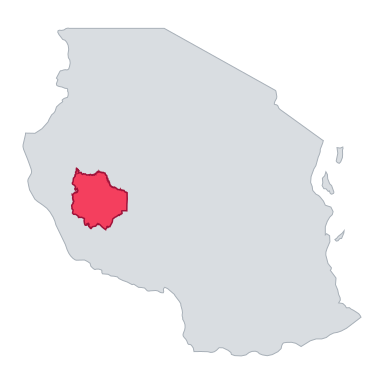 Mlele, Katavi, United Republic of Tanzania shown in context
{"feature_id": "72390352B12905062635487", "entity_name": "Mlele", "entity_type": "district", "adm_level": 2, "iso_a3": "TZA", "parent_name": "United Republic of Tanzania", "parent_adm1": "Katavi", "projection": "mercator", "projection_center": [31.658, -6.61], "detail": "fine", "context": "in_parent", "style": "filled", "palette": "rose", "viewbox_px": 384, "rotation_deg": 0, "n_neighbors": 0, "source": "geoboundaries", "source_scale": "gbopen_adm2", "svg_char_len": 8829}
<svg xmlns="http://www.w3.org/2000/svg" viewBox="0 0 384 384"><path d="M132.1,284.6L127.2,282.0L122.7,280.4L119.0,278.6L117.4,276.9L113.9,276.2L110.9,276.0L108.2,274.3L102.5,273.8L101.9,272.7L101.8,270.3L100.8,269.7L98.7,269.1L96.5,269.1L95.1,269.5L94.3,269.3L92.5,267.9L90.8,266.1L90.1,263.3L87.5,261.5L84.5,260.0L76.2,260.2L74.9,259.7L72.9,258.3L70.6,255.9L68.8,253.2L67.1,249.6L65.4,244.6L55.9,224.9L54.9,221.2L53.1,217.1L50.0,212.0L46.8,208.2L42.4,204.8L37.4,201.4L34.8,199.1L29.6,189.9L28.6,185.5L27.8,181.1L28.1,179.2L31.3,173.5L31.6,171.8L31.3,169.6L29.7,165.0L27.7,159.5L23.6,149.3L23.0,146.7L23.1,144.8L25.5,134.5L25.5,133.1L35.0,133.3L42.0,128.7L48.0,122.0L49.2,119.2L51.7,114.8L54.1,112.7L55.1,111.2L56.5,106.9L59.6,104.0L62.7,101.7L62.1,100.1L62.6,99.6L64.2,98.4L67.5,97.3L68.2,95.1L68.2,92.5L67.6,91.1L67.7,89.5L67.2,88.5L65.1,88.3L61.9,87.0L59.2,86.5L57.4,85.8L56.7,85.2L56.4,83.7L57.9,79.7L56.4,78.1L59.8,71.6L60.4,70.8L61.6,70.7L63.5,70.0L65.2,69.7L66.7,69.9L67.8,69.7L68.7,68.9L69.5,66.7L70.2,63.0L69.8,60.0L68.4,57.7L68.0,54.1L68.7,49.3L68.2,45.4L66.7,42.2L65.1,40.3L62.7,39.4L59.0,34.6L57.8,32.3L58.0,30.8L59.3,30.2L61.7,30.4L64.0,29.9L66.1,28.5L68.1,28.1L69.2,28.4L164.3,28.4L275.4,90.4L275.9,91.1L276.8,96.5L276.6,98.3L274.9,101.4L274.4,103.0L274.3,104.1L274.8,104.5L276.2,104.7L277.5,105.4L277.9,106.0L278.9,108.3L280.1,109.5L322.3,140.0L323.3,140.5L322.7,143.0L320.3,149.2L320.2,151.8L319.2,154.9L318.3,156.9L315.9,165.6L313.9,168.9L311.1,176.6L310.6,182.4L312.2,186.5L312.7,190.4L316.0,194.2L318.6,195.5L320.4,197.3L323.5,201.2L325.3,205.2L330.9,207.1L333.1,211.6L332.3,214.6L329.7,217.2L327.3,221.3L325.3,226.7L325.3,234.9L326.6,233.7L329.6,235.7L329.9,241.8L326.9,248.9L325.9,252.2L325.8,255.0L328.0,263.5L331.4,267.8L331.1,269.2L330.3,270.3L336.0,278.0L335.5,284.7L337.7,289.9L338.6,294.4L340.1,297.8L340.3,300.2L338.6,302.9L342.8,303.5L345.2,305.7L346.4,307.8L349.4,307.7L351.1,309.1L353.5,310.3L358.7,313.7L360.1,315.5L361.0,317.2L346.6,328.2L341.3,331.0L337.6,332.3L333.7,333.0L329.9,334.8L326.3,337.5L321.8,338.9L316.2,338.9L310.3,340.8L301.1,346.5L295.8,343.3L291.6,342.3L286.8,342.4L283.8,342.8L282.8,343.5L281.8,345.4L281.1,348.6L277.9,351.7L272.3,354.6L267.2,355.7L262.5,354.9L259.4,353.7L257.7,352.0L255.3,351.2L252.0,351.4L249.0,352.6L246.0,354.9L241.3,355.9L234.8,355.6L231.4,354.4L230.9,352.5L228.1,350.3L222.9,347.8L219.1,347.7L216.6,350.2L214.4,351.7L212.3,352.3L210.5,352.4L207.9,351.7L200.8,351.5L194.0,351.6L193.3,348.0L191.9,345.9L190.7,344.6L188.4,344.3L187.7,343.3L186.9,341.1L185.8,339.2L184.3,337.6L183.3,336.2L183.0,334.9L183.3,333.4L184.7,329.8L185.1,327.3L185.0,324.7L184.2,322.1L182.6,319.0L182.8,318.1L182.2,316.0L182.2,314.6L182.5,312.7L182.2,310.3L180.8,305.1L180.8,303.8L179.3,301.3L174.8,295.4L174.6,294.6L167.6,288.6L164.8,287.3L163.7,288.4L163.4,289.5L163.7,291.4L163.5,292.3L163.2,292.8L161.5,292.7L160.5,292.5L157.8,290.9L155.7,290.5L150.6,290.8L148.8,291.1L147.3,290.8L144.6,288.0L141.4,287.5L138.5,287.3L133.8,284.2L132.1,284.6ZM331.6,185.6L333.9,192.1L333.6,193.3L332.0,194.1L331.2,194.1L330.1,193.1L329.4,190.9L328.2,191.4L326.0,188.8L323.9,188.7L322.1,185.6L322.8,182.8L322.4,178.2L324.7,175.8L325.9,171.8L327.4,174.5L327.7,178.8L329.7,183.8L331.6,185.6ZM342.8,147.0L343.0,148.5L342.5,149.9L342.6,154.5L342.4,157.6L340.7,161.8L339.3,163.3L338.0,162.9L337.0,162.2L336.2,161.0L337.8,153.3L337.0,147.6L340.2,148.1L342.8,147.0ZM338.1,240.7L336.5,241.1L335.9,240.7L334.9,239.5L336.6,238.4L338.3,236.3L342.2,233.2L344.1,230.7L343.8,233.1L341.6,238.4L339.7,238.7L338.1,240.7Z" fill="#d9dde1" stroke="#a8b0b8" stroke-width="1"/><path d="M101.1,172.5L100.8,172.4L100.9,172.2L100.7,172.1L100.4,172.0L100.0,172.0L99.3,172.0L99.1,171.7L98.9,171.8L99.0,171.5L98.1,171.7L98.3,171.8L98.2,171.9L97.9,171.8L97.9,171.7L97.7,172.0L97.4,172.3L97.2,172.7L96.5,173.0L96.4,173.0L96.3,172.9L96.1,173.0L96.1,173.3L95.7,173.6L95.7,173.8L95.6,173.7L95.4,173.7L95.1,173.8L95.2,174.1L95.0,174.4L94.8,174.6L94.7,174.8L94.5,174.6L94.2,174.9L94.0,175.0L93.4,174.8L93.2,174.8L92.8,175.3L92.6,175.3L92.4,175.0L92.5,174.8L92.2,174.9L91.8,175.0L91.6,175.2L91.4,175.1L91.3,174.8L91.1,174.7L90.8,174.6L90.6,174.4L90.4,174.4L90.3,174.5L90.1,174.5L89.8,174.6L89.7,174.9L89.4,174.9L89.4,175.0L89.1,174.8L88.8,174.8L88.7,175.0L88.9,175.1L88.4,174.9L88.2,175.0L88.0,174.9L86.6,175.0L85.4,174.0L85.2,173.9L84.8,174.1L83.3,173.7L82.9,174.3L82.5,174.4L81.6,173.7L81.3,172.6L81.2,172.5L80.8,172.8L80.4,172.8L80.0,172.3L79.9,172.3L79.6,172.5L79.0,173.0L78.7,173.1L78.3,173.2L78.7,172.5L78.7,171.9L78.6,171.5L78.2,171.3L78.2,171.1L78.2,170.9L78.7,170.6L78.1,170.2L78.2,169.6L77.5,169.3L77.1,168.6L76.5,168.3L76.3,169.3L76.4,169.5L76.4,170.3L76.4,170.7L76.0,171.4L76.1,171.8L75.6,172.2L75.6,172.3L75.6,172.5L76.0,173.2L76.0,173.7L75.7,174.3L75.3,174.7L75.2,174.6L74.9,175.2L75.3,175.7L75.2,176.2L74.7,176.6L74.5,177.1L74.1,177.6L73.5,178.1L73.3,179.2L73.3,179.8L73.2,180.2L73.2,181.1L72.8,182.3L72.4,182.8L72.4,183.4L72.4,183.7L72.7,184.2L74.6,185.4L75.0,186.1L75.3,186.4L75.6,187.0L75.3,187.7L75.5,188.2L74.9,188.6L75.2,189.3L75.0,189.6L75.2,189.8L75.4,190.0L76.0,189.3L76.4,189.5L76.9,188.9L77.2,188.7L77.2,189.0L77.5,189.4L77.9,190.8L77.7,191.1L77.0,191.3L77.4,191.6L77.4,192.0L77.1,192.3L75.9,192.8L75.5,192.3L75.2,192.2L75.0,192.3L74.9,192.6L74.6,193.0L74.2,193.0L73.9,193.4L73.6,193.7L73.5,194.1L73.3,194.2L73.3,194.4L73.2,194.2L72.5,194.4L72.2,194.3L72.3,195.2L72.5,195.2L72.6,195.5L72.8,195.8L73.0,196.1L72.7,197.0L72.9,197.5L72.7,197.7L72.7,198.1L72.9,198.6L72.7,198.9L72.9,199.3L73.1,199.3L73.2,199.5L73.0,199.8L73.0,200.1L73.4,200.3L73.4,200.6L73.6,200.7L73.6,200.9L73.8,201.3L73.5,201.9L73.4,201.8L73.2,202.3L73.3,202.4L73.0,202.9L73.2,203.3L72.6,204.0L71.7,205.3L71.8,206.6L71.9,206.9L72.0,207.7L71.9,208.2L72.0,208.9L72.3,209.0L73.0,209.8L73.0,210.8L72.5,213.0L73.5,214.2L74.0,214.3L75.3,214.3L76.3,214.7L77.5,215.6L78.3,216.2L78.2,216.8L78.8,217.5L79.3,217.3L79.4,217.2L79.6,217.3L80.9,217.4L81.3,217.3L81.8,217.3L82.2,217.5L82.5,217.8L83.2,217.9L83.7,218.3L84.1,218.3L84.4,218.5L84.1,220.8L84.2,221.5L84.6,223.9L84.9,224.5L85.3,225.2L86.9,225.1L87.0,223.7L87.8,223.5L88.3,223.3L88.5,223.5L88.5,224.0L88.7,224.4L88.6,224.5L88.9,224.5L88.7,224.9L88.7,225.6L88.8,226.4L89.4,227.0L89.8,227.0L89.9,227.5L90.3,228.2L90.8,228.5L91.1,228.5L91.3,228.2L91.2,227.7L91.7,227.6L91.7,227.4L92.0,227.3L92.5,226.7L92.8,226.6L93.7,226.5L94.9,226.2L95.6,226.2L96.0,225.8L96.0,225.6L96.6,224.9L96.9,224.4L97.1,224.3L97.4,224.3L97.6,224.4L97.6,224.5L98.0,224.5L97.9,224.4L98.0,224.4L98.0,224.2L98.2,224.3L97.9,224.1L97.9,223.9L98.0,223.8L98.0,223.7L99.1,224.1L100.0,224.8L100.4,225.0L100.5,225.3L100.9,225.7L102.3,227.1L104.3,228.7L105.5,229.5L105.5,229.3L105.9,229.0L106.1,228.6L106.6,228.2L106.9,227.5L106.9,226.7L107.2,226.4L107.4,226.4L107.6,226.6L107.8,227.0L108.1,227.3L108.7,226.6L109.6,226.7L110.0,226.6L110.0,226.2L110.2,225.9L110.3,225.6L110.6,225.3L110.6,225.0L111.5,223.6L112.3,221.9L112.7,219.1L113.3,218.5L113.9,218.2L114.1,217.8L115.4,217.0L116.4,216.6L118.0,215.4L118.3,215.2L118.7,215.4L119.1,215.4L119.0,214.9L119.3,214.9L119.4,214.7L119.7,214.6L120.2,214.6L120.4,214.3L120.8,214.4L121.1,214.0L121.9,213.6L122.1,213.3L122.1,213.0L121.7,211.8L121.9,210.8L124.8,210.7L126.8,210.8L126.9,203.4L127.0,203.1L127.0,202.8L127.1,200.5L127.2,199.1L127.1,195.5L127.1,192.7L126.5,192.3L126.3,192.4L126.2,192.2L125.6,192.2L125.2,192.1L124.9,191.6L124.4,191.3L124.1,190.6L123.9,190.6L123.8,190.4L123.7,190.4L123.0,190.3L122.9,190.4L122.5,190.4L122.2,190.5L122.2,190.4L122.0,190.5L121.9,190.4L121.7,190.1L121.3,189.9L121.0,190.0L120.8,189.7L120.8,189.8L119.8,189.9L119.4,189.5L119.2,189.6L118.7,189.5L118.3,189.6L117.9,189.6L117.6,189.5L117.4,189.1L116.6,188.7L116.5,188.3L115.5,187.8L115.2,187.8L115.2,187.5L115.0,187.4L114.5,187.3L114.4,187.2L114.2,187.4L113.8,187.5L113.8,187.3L113.4,187.3L113.4,187.6L113.1,187.6L112.7,187.3L112.7,187.1L112.4,187.1L112.4,186.9L112.2,186.9L112.1,187.0L111.9,186.8L111.7,186.8L111.7,186.6L111.5,186.3L111.0,186.3L110.6,186.0L110.4,185.8L110.5,185.6L110.3,185.5L110.3,185.2L110.1,185.2L110.0,184.8L109.9,184.7L109.8,184.9L109.7,184.7L109.8,184.2L109.8,183.9L109.5,183.7L109.3,183.5L109.4,182.8L109.2,182.7L109.4,182.3L109.1,182.0L108.9,182.1L108.7,181.5L108.4,181.5L108.7,181.2L108.3,181.1L108.2,180.9L108.3,180.9L108.2,180.5L108.1,180.4L107.6,180.1L107.8,180.0L107.9,179.7L107.7,179.6L107.6,179.3L107.7,178.9L107.4,178.9L107.3,178.7L107.1,178.8L107.0,178.7L107.1,178.4L107.1,178.1L106.7,177.8L106.7,177.7L107.0,177.6L106.8,177.4L106.8,176.9L106.9,176.7L106.9,176.3L106.8,175.8L106.4,175.2L106.1,175.1L105.8,175.1L105.6,174.9L105.5,174.5L105.2,174.1L105.2,173.7L105.1,173.2L104.5,173.1L104.3,172.9L104.1,172.9L103.6,172.8L103.3,172.5L103.0,172.7L102.5,172.7L102.3,172.5L102.1,172.7L101.9,172.7L101.5,172.3L101.1,172.5Z" fill="#f43f5e" stroke="#9f1239" stroke-width="1.5"/></svg>